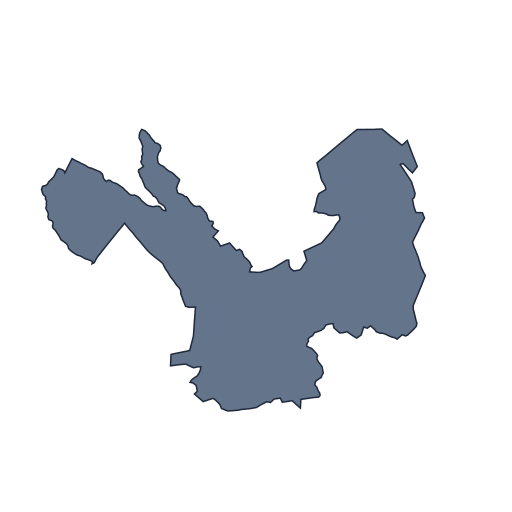 Kipkelion East, Rift Valley, Kenya, rotated 70°
{"feature_id": "3690345B91045012580235", "entity_name": "Kipkelion East", "entity_type": "district", "adm_level": 2, "iso_a3": "KEN", "parent_name": "Kenya", "parent_adm1": "Rift Valley", "projection": "albers", "projection_center": [35.478, -0.176], "detail": "fine", "context": "isolated", "style": "filled", "palette": "slate", "viewbox_px": 512, "rotation_deg": 70, "n_neighbors": 0, "source": "geoboundaries", "source_scale": "gbopen_adm2", "svg_char_len": 6131}
<svg xmlns="http://www.w3.org/2000/svg" viewBox="0 0 512 512"><g transform="rotate(70 256 256)"><path d="M107.2,413.6L109.8,416.1L112.5,419.0L113.6,421.4L114.3,422.9L115.3,425.4L117.0,427.2L117.9,429.8L117.4,432.6L120.0,434.8L123.1,435.0L125.6,435.0L128.2,433.4L130.4,434.4L132.8,434.0L134.6,435.0L136.7,435.5L139.1,437.1L141.8,437.0L142.8,436.8L144.1,436.6L146.3,437.1L148.0,438.2L151.0,438.2L153.5,435.4L155.9,435.4L158.2,437.0L160.3,437.2L162.9,435.9L165.6,435.2L169.5,434.3L171.2,434.0L174.1,433.7L176.8,431.7L179.9,429.8L182.0,429.3L182.8,429.3L184.5,429.6L186.2,429.0L188.8,427.6L191.5,425.7L194.1,423.6L195.4,421.8L196.0,421.0L196.9,420.2L199.7,417.8L200.4,417.2L201.7,415.4L203.5,413.3L204.8,412.0L205.4,411.5L207.2,412.8L207.0,410.3L203.0,405.9L200.4,401.6L194.5,392.1L185.2,376.7L182.1,371.3L180.2,368.3L187.4,365.8L192.6,363.7L196.9,362.4L203.2,359.9L212.2,356.7L214.4,355.8L216.0,355.0L219.6,353.1L228.1,347.9L231.1,346.2L236.7,345.6L240.9,344.5L243.1,344.1L246.3,343.5L247.3,343.2L251.3,341.8L256.1,340.6L259.1,339.3L262.3,338.5L265.9,339.6L273.4,339.6L279.2,339.4L281.1,336.8L283.4,330.3L287.3,332.2L289.7,333.2L297.8,336.9L305.6,340.3L310.0,342.3L319.2,348.6L322.1,350.7L321.6,354.4L319.9,365.6L319.4,369.5L330.0,373.9L331.5,366.9L333.5,359.1L335.4,357.2L338.5,354.2L339.8,352.7L340.1,349.3L341.1,345.8L343.5,346.9L346.1,349.1L348.5,352.1L349.6,356.5L350.3,358.6L350.7,359.4L352.2,361.2L353.7,358.7L357.0,356.5L360.1,356.9L363.1,357.5L364.6,361.1L367.6,359.4L374.8,355.4L374.9,350.1L375.1,345.0L377.9,343.1L380.5,341.9L383.4,340.7L387.5,340.6L391.9,335.7L393.4,330.7L394.8,325.6L395.2,322.3L397.4,313.9L398.5,307.4L397.6,302.9L396.6,295.8L398.6,292.5L396.6,287.9L397.9,281.8L402.4,281.3L403.4,276.4L404.4,271.5L409.4,268.9L414.1,266.3L406.1,262.9L408.5,251.2L410.0,245.3L409.0,243.5L406.7,243.0L403.7,243.7L402.0,243.7L400.3,243.7L397.7,244.6L396.7,244.6L394.1,242.8L393.1,239.6L392.5,236.3L390.3,234.4L388.9,232.7L386.0,232.4L382.7,231.8L379.5,232.7L377.5,233.4L376.5,233.6L375.0,233.8L372.6,233.8L370.7,232.1L368.4,232.6L364.1,234.3L361.9,235.3L359.7,237.7L358.2,239.1L355.8,238.1L354.0,235.8L351.7,235.4L350.6,232.8L350.3,230.4L349.3,228.8L347.9,227.2L348.2,224.9L348.1,220.1L347.2,216.9L344.8,214.1L345.0,210.3L345.9,206.7L350.2,207.4L352.5,206.1L356.9,203.8L357.9,200.5L358.2,196.4L364.1,192.3L367.6,189.5L366.2,184.2L359.6,179.1L361.9,176.2L360.8,172.2L365.9,169.5L368.4,168.8L370.8,166.1L371.9,163.4L374.0,160.8L376.7,158.2L378.6,156.1L380.4,153.5L382.4,151.9L380.0,145.5L382.3,142.8L382.2,140.7L378.4,132.1L376.7,129.2L374.9,128.3L374.1,127.7L372.6,127.8L371.5,127.7L367.5,127.2L360.0,126.4L356.4,125.3L340.3,110.6L334.0,105.0L332.2,103.5L328.9,104.1L325.1,104.5L321.7,104.7L317.5,104.2L315.7,104.3L312.9,104.0L304.4,104.2L302.3,104.4L297.7,104.3L296.6,104.1L294.4,102.1L289.8,97.1L287.0,94.2L282.2,89.6L280.9,87.8L277.9,84.6L275.3,84.8L272.2,84.8L269.9,90.8L266.1,90.8L262.4,90.6L256.1,89.5L255.3,87.5L253.5,86.1L251.5,85.1L240.0,84.5L239.0,84.6L237.5,84.9L230.3,86.6L224.6,87.9L219.5,89.3L219.1,88.2L219.5,87.3L219.6,86.1L226.5,83.0L230.7,80.9L231.4,80.6L230.9,79.8L228.9,76.6L227.1,73.8L214.6,74.2L199.2,74.4L201.9,80.9L193.4,86.0L189.2,88.7L179.9,94.1L179.2,96.0L178.8,97.3L178.4,98.2L177.7,100.9L176.8,103.5L175.6,106.7L174.6,109.6L173.7,112.2L171.7,117.8L173.5,123.1L175.9,129.6L180.1,141.5L184.1,152.5L185.4,155.8L186.3,158.6L187.7,162.7L189.3,166.9L202.2,167.9L204.8,168.3L207.4,168.3L214.2,167.1L217.4,167.6L218.9,175.7L222.3,178.7L226.3,181.1L229.0,182.8L231.8,185.1L234.2,186.3L234.9,183.7L236.9,182.7L237.8,180.1L238.1,179.4L239.4,177.2L240.3,175.9L241.4,174.8L242.3,174.3L243.4,172.1L244.4,169.6L244.9,167.0L245.5,164.3L248.5,164.0L250.9,165.0L252.1,167.3L253.8,170.0L254.5,171.0L257.0,173.7L265.0,187.7L266.2,190.1L267.9,209.3L277.7,209.9L280.3,213.9L283.2,217.5L284.2,220.0L283.9,220.8L283.7,221.6L282.9,225.7L281.7,226.4L280.0,227.6L276.9,228.1L274.3,227.6L271.0,226.6L270.3,228.8L273.2,243.6L273.4,246.2L273.1,250.6L273.0,253.7L272.8,257.3L272.6,258.2L271.6,260.9L268.7,267.5L268.1,267.0L266.5,266.2L265.1,265.0L264.6,263.3L262.3,263.9L259.5,264.0L257.0,265.1L255.1,266.0L252.7,267.4L249.7,267.6L248.5,267.6L247.3,267.4L244.1,269.1L244.1,272.6L234.7,276.4L234.6,285.9L228.4,287.1L223.5,290.0L219.5,282.8L217.4,284.8L215.5,286.0L212.6,287.3L211.3,285.5L210.5,285.0L208.8,284.6L207.2,287.8L203.9,288.4L201.0,288.0L197.9,288.3L196.3,289.3L195.3,289.3L194.3,289.6L193.4,290.1L191.5,291.0L189.9,292.0L189.1,295.0L187.5,297.4L186.8,297.6L184.1,298.8L181.8,299.6L179.1,300.1L176.6,301.0L175.9,302.4L173.4,303.9L171.1,306.8L169.7,308.1L167.9,307.8L165.2,307.6L163.8,306.4L161.9,305.1L159.7,302.8L158.2,301.7L157.2,302.0L153.8,303.9L151.3,305.0L148.7,306.6L145.9,309.2L143.4,310.7L140.1,312.4L137.5,314.9L135.2,316.1L132.2,315.6L129.0,314.7L126.7,313.0L125.1,311.5L124.7,310.4L121.9,308.4L119.2,308.2L116.8,309.8L116.3,310.3L115.9,311.0L115.4,311.9L114.5,312.3L113.7,312.5L113.0,312.6L112.3,312.8L111.4,313.5L110.3,313.7L109.4,314.2L108.3,314.4L107.0,314.6L105.8,314.9L104.9,315.3L103.9,315.9L103.2,316.1L102.5,316.3L101.5,316.9L100.4,317.4L97.9,320.1L100.5,323.2L103.0,324.6L105.4,325.5L108.5,325.0L111.9,324.9L114.3,324.9L116.8,326.6L121.6,327.6L123.4,329.5L126.0,330.1L128.1,332.0L130.5,331.8L133.3,331.1L134.3,334.3L134.9,336.9L136.7,337.6L138.3,337.4L139.1,337.4L141.4,337.6L142.1,337.5L143.7,337.0L144.5,336.9L147.2,336.8L153.6,336.6L155.8,335.6L158.1,334.4L161.7,332.8L164.5,332.0L166.0,330.5L168.1,329.6L168.9,329.4L172.7,329.0L174.7,327.3L177.2,325.5L180.0,324.8L182.6,325.3L181.5,327.3L180.0,328.3L178.5,328.7L176.3,329.9L175.1,332.5L174.4,336.1L172.3,339.4L170.5,341.3L167.9,342.8L165.4,344.3L164.5,344.8L162.2,345.3L159.3,347.2L157.1,349.4L156.5,351.9L155.3,353.2L153.8,354.3L151.6,355.2L149.6,356.4L146.7,357.6L140.5,362.0L138.5,364.5L137.2,366.0L135.3,367.0L134.2,368.8L134.8,371.2L131.7,372.6L130.8,372.7L128.5,372.4L126.3,372.3L123.5,373.8L117.1,380.7L115.5,383.1L113.5,384.6L112.8,385.0L110.0,387.7L109.4,388.4L106.7,390.8L104.9,392.7L101.5,395.5L112.5,407.2L109.9,407.4L108.2,409.1L107.8,409.7L106.3,411.3L107.2,413.6Z" fill="#64748b" stroke="#1e293b" stroke-width="1.5"/></g></svg>